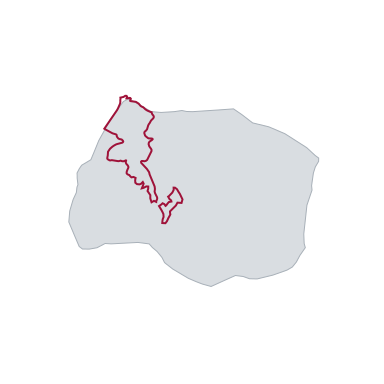 Mafeteng highlighted on a map of Lesotho, rotated 56°
{"feature_id": "LSO-3453", "entity_name": "Mafeteng", "entity_type": "District", "adm_level": 1, "iso_a3": "LSO", "parent_name": "Lesotho", "parent_adm1": "", "projection": "natural_earth1", "projection_center": [27.626, -29.78], "detail": "fine", "context": "in_parent", "style": "outline", "palette": "rose", "viewbox_px": 384, "rotation_deg": 56, "n_neighbors": 0, "source": "natural_earth", "source_scale": "10m", "svg_char_len": 3718}
<svg xmlns="http://www.w3.org/2000/svg" viewBox="0 0 384 384"><g transform="rotate(56 192 192)"><path d="M245.2,251.0L236.3,253.9L235.1,254.2L229.4,253.5L221.8,254.2L215.8,255.9L211.1,256.5L203.6,265.0L189.8,288.0L186.1,292.8L185.1,301.9L181.9,309.1L178.0,314.7L174.1,316.0L162.7,313.8L148.0,310.9L139.4,304.0L131.8,294.8L127.8,288.2L123.6,284.6L122.2,282.5L116.2,279.4L114.0,277.9L112.0,276.7L109.6,272.3L108.1,268.5L108.7,257.8L104.5,251.4L97.2,240.5L92.7,231.6L86.4,219.5L82.6,209.1L78.6,198.3L79.1,193.6L82.9,190.5L94.0,185.0L102.6,180.8L108.8,173.1L115.5,161.7L118.8,154.8L122.1,151.6L125.6,146.8L131.9,136.0L138.9,124.0L146.3,111.1L155.7,107.4L168.6,103.1L180.9,91.9L195.6,82.4L219.4,72.1L230.5,69.5L234.7,68.0L237.4,69.9L240.2,75.8L244.2,80.8L253.6,89.3L257.5,91.4L267.2,104.1L277.5,112.8L289.3,122.8L297.4,127.8L301.5,129.2L304.9,138.0L308.4,144.6L310.3,150.8L309.9,156.8L306.1,171.5L300.5,186.6L296.1,192.8L290.7,196.8L285.5,202.7L283.4,214.8L281.0,229.0L274.2,234.8L268.8,238.6L261.5,243.3L245.2,251.0Z" fill="#d9dde1" stroke="#a8b0b8" stroke-width="1"/><path d="M82.0,192.3L82.4,192.0L85.6,188.4L86.1,188.0L88.9,186.8L91.8,186.5L92.8,186.1L94.6,185.0L97.4,184.4L99.5,183.5L102.7,181.5L103.2,180.9L103.4,181.0L105.5,181.5L106.6,181.3L107.1,181.3L107.8,181.4L108.4,181.7L108.9,182.2L109.3,183.2L109.7,185.3L110.0,186.3L111.2,188.6L111.6,189.8L112.3,191.1L114.8,194.1L115.3,195.5L115.5,196.5L115.5,197.4L116.0,198.2L116.7,198.7L118.2,199.1L118.9,199.3L119.9,199.2L122.5,198.4L123.1,198.1L123.5,197.7L125.2,195.4L125.8,195.0L126.3,195.2L126.5,196.1L126.5,198.9L126.9,200.1L128.0,201.2L130.3,201.9L133.5,201.8L134.5,202.0L135.5,202.8L140.3,211.2L140.4,212.9L139.9,214.3L138.9,215.3L138.2,216.3L138.3,217.2L139.4,217.8L147.7,216.5L151.6,216.5L153.7,217.3L166.5,219.9L168.7,221.0L170.8,222.8L172.4,223.3L176.9,223.9L178.1,224.6L178.9,225.6L179.2,226.4L180.2,227.2L178.1,228.5L177.9,231.3L176.5,230.9L173.9,230.1L171.3,228.3L168.9,228.3L166.3,228.3L164.7,226.4L163.0,225.2L161.8,226.8L161.5,229.7L160.9,231.5L159.7,229.7L158.0,227.4L156.2,227.2L156.7,229.7L156.3,231.3L154.7,233.2L152.6,233.8L150.4,232.5L148.8,230.9L146.8,232.1L146.0,234.0L144.6,234.4L142.9,234.5L142.0,235.2L140.8,235.7L139.9,235.7L138.9,235.0L138.3,234.3L137.7,233.5L136.2,231.1L135.4,230.6L134.1,230.4L132.0,230.7L130.7,230.5L129.8,230.0L129.4,229.3L129.0,229.0L128.8,229.1L128.4,231.0L128.2,231.6L127.9,232.1L127.5,232.6L126.9,233.1L126.4,233.4L126.0,233.8L125.9,234.2L125.7,234.8L125.5,235.4L125.2,235.9L121.1,240.3L120.8,240.6L120.6,241.0L120.2,242.0L119.9,242.4L119.4,242.8L118.8,243.0L117.9,243.5L117.3,243.6L116.6,243.4L114.5,241.3L111.9,239.3L111.6,239.0L111.5,238.7L110.7,236.8L110.3,235.7L110.1,234.3L109.9,232.6L109.9,230.5L110.1,228.3L110.4,227.2L112.1,222.3L112.1,221.5L111.7,220.8L110.8,220.6L109.3,220.9L108.4,221.6L107.8,222.3L107.1,222.8L106.3,223.2L104.3,223.3L103.5,223.1L102.9,222.7L102.4,222.6L101.7,222.8L98.9,225.1L92.1,228.6L90.5,229.3L82.3,208.6L81.4,206.8L78.5,202.2L77.2,201.0L75.9,200.2L74.5,199.0L73.7,198.6L74.9,195.6L74.9,193.6L75.7,192.5L76.7,192.5L77.7,193.9L78.3,193.0L79.1,191.1L79.6,190.6L80.6,190.6L80.9,191.2L81.2,191.9L82.0,192.3ZM181.3,202.9L184.4,203.1L186.7,203.1L190.7,203.7L192.8,204.0L195.2,206.8L192.7,210.0L194.2,212.9L195.6,220.2L195.8,221.1L197.1,221.9L198.5,222.5L199.3,224.0L200.3,226.0L202.2,229.1L203.0,231.5L202.1,232.7L201.1,234.0L199.7,232.9L198.2,231.5L196.8,229.5L194.2,228.0L191.5,227.6L189.2,227.4L185.2,227.2L185.2,224.4L184.9,222.7L186.6,221.7L188.7,221.7L188.7,220.9L187.9,218.7L187.4,216.8L188.4,214.4L187.3,214.0L185.2,214.6L182.5,214.4L182.5,213.3L182.0,211.1L181.5,208.7L180.0,206.0L178.1,204.8L178.9,203.7L181.3,202.9Z" fill="none" stroke="#9f1239" stroke-width="2"/></g></svg>